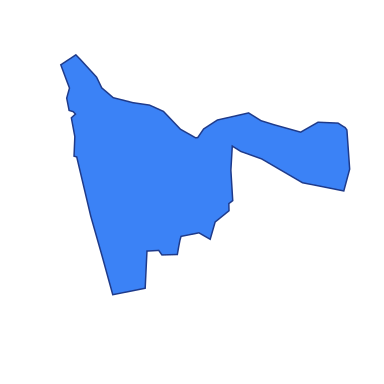 Northumberland, Pennsylvania, United States of America (Equal Earth projection), rotated 100°
{"feature_id": "52423323B19927434270146", "entity_name": "Northumberland", "entity_type": "district", "adm_level": 2, "iso_a3": "USA", "parent_name": "United States of America", "parent_adm1": "Pennsylvania", "projection": "equal_earth", "projection_center": [-76.752, 40.89], "detail": "fine", "context": "isolated", "style": "filled", "palette": "blue", "viewbox_px": 384, "rotation_deg": 100, "n_neighbors": 0, "source": "geoboundaries", "source_scale": "gbopen_adm2", "svg_char_len": 885}
<svg xmlns="http://www.w3.org/2000/svg" viewBox="0 0 384 384"><g transform="rotate(100 192 192)"><path d="M164.6,42.7L142.1,40.7L104.9,50.0L103.6,50.5L103.2,51.1L102.0,52.3L101.6,53.2L101.4,53.9L98.8,60.1L101.4,80.0L114.2,95.4L111.5,123.0L109.8,136.4L104.3,150.0L116.7,179.5L127.9,191.5L137.4,195.8L138.0,197.9L132.2,214.3L117.6,234.1L113.8,249.0L114.3,265.7L112.8,286.0L105.1,299.0L95.5,305.9L81.0,324.8L77.1,330.2L89.5,343.3L102.5,335.7L110.9,330.7L121.3,331.7L133.0,327.2L133.5,322.9L135.5,320.3L139.9,323.7L157.8,317.0L177.2,314.4L177.5,311.6L233.4,287.5L270.9,269.3L306.9,252.2L294.9,221.4L258.0,226.1L255.3,214.6L259.2,210.7L256.1,195.6L247.2,195.6L241.6,195.5L237.6,195.1L231.0,178.1L235.4,165.9L217.5,164.0L204.0,152.3L197.0,153.7L193.4,150.4L163.8,157.5L139.8,160.3L143.6,150.9L147.3,129.2L163.7,84.8L164.6,42.7Z" fill="#3b82f6" stroke="#1e3a8a" stroke-width="1.5"/></g></svg>